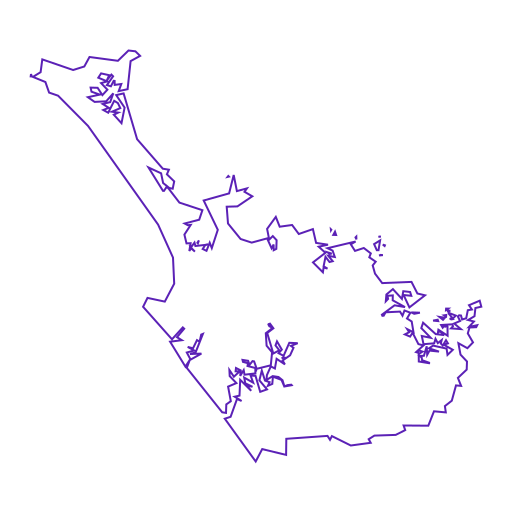 outline of Far North District, Northland, New Zealand
{"feature_id": "76426892B75799514296056", "entity_name": "Far North District", "entity_type": "district", "adm_level": 2, "iso_a3": "NZL", "parent_name": "New Zealand", "parent_adm1": "Northland", "projection": "orthographic", "projection_center": [173.629, -35.034], "detail": "fine", "context": "isolated", "style": "outline", "palette": "violet", "viewbox_px": 512, "rotation_deg": 0, "n_neighbors": 0, "source": "geoboundaries", "source_scale": "gbopen_adm2", "svg_char_len": 6048}
<svg xmlns="http://www.w3.org/2000/svg" viewBox="0 0 512 512"><path d="M473.0,342.4L467.8,333.4L469.5,327.5L476.2,327.2L477.2,325.2L469.0,326.9L473.9,321.5L468.1,320.0L474.5,316.2L475.4,308.0L481.3,306.7L479.7,300.7L469.0,305.2L471.9,309.5L467.8,310.2L466.2,318.3L462.1,319.5L461.0,315.5L459.1,315.3L457.9,316.6L460.1,321.0L454.2,323.5L460.9,329.1L451.0,328.4L453.0,326.2L452.3,324.3L441.1,325.0L442.7,327.7L443.9,326.2L445.2,326.7L446.9,326.1L447.2,326.2L447.5,326.5L447.6,335.7L438.4,329.7L437.9,332.6L439.8,331.3L442.9,333.9L443.1,334.2L443.2,334.5L443.3,334.9L443.3,335.0L435.7,334.1L423.1,322.7L421.3,328.1L430.7,337.8L421.8,336.0L423.5,344.2L434.2,343.3L435.5,338.8L437.8,343.1L441.7,340.0L440.8,343.5L442.8,345.5L446.0,340.2L447.9,343.4L443.8,344.7L452.8,349.8L447.5,354.9L446.6,348.6L433.1,345.6L429.0,348.3L439.0,351.6L429.5,350.6L427.2,354.8L426.7,346.3L423.9,355.8L419.7,355.9L421.7,357.6L422.1,360.2L429.1,362.7L429.2,362.9L429.1,363.2L418.8,361.5L418.7,354.1L422.5,351.6L419.0,350.4L418.0,352.7L416.1,352.1L423.5,345.4L418.4,344.1L412.6,332.7L410.1,336.6L404.9,334.4L409.2,332.2L407.2,329.1L413.5,332.3L411.7,321.5L407.0,318.5L410.4,312.7L404.5,310.5L402.5,315.7L400.0,311.6L385.6,312.3L383.7,315.7L382.4,315.8L381.9,314.7L394.6,305.3L405.0,307.1L392.7,300.3L392.8,295.4L387.4,295.8L388.1,298.9L385.8,301.3L386.4,294.5L392.9,289.1L401.9,298.9L403.3,291.2L410.1,292.0L411.3,295.8L403.6,295.0L409.4,307.4L425.0,295.3L417.4,293.5L411.5,281.9L382.2,283.1L375.0,273.6L372.7,265.4L375.7,261.7L369.3,257.3L370.8,253.4L363.8,248.0L355.0,250.9L350.8,244.3L355.6,241.5L327.5,248.2L332.6,250.6L334.8,257.0L328.3,255.8L332.7,261.2L329.5,262.0L325.5,256.8L323.6,266.3L327.5,268.6L323.6,267.5L322.9,272.3L313.0,262.4L325.4,252.8L318.7,246.7L328.0,244.7L316.1,242.9L312.9,229.1L298.8,234.0L292.1,225.0L279.7,226.7L275.8,216.9L267.1,228.9L269.2,239.6L272.8,236.1L276.6,240.2L276.3,248.9L273.7,250.2L273.6,244.5L271.6,248.3L267.1,238.4L251.7,242.6L240.6,239.0L228.0,223.5L226.7,206.7L237.4,206.4L252.3,196.3L244.5,191.8L246.9,188.4L236.9,191.1L233.7,175.0L229.1,193.4L203.7,200.5L217.8,229.8L211.8,248.1L209.7,242.7L206.5,250.8L202.7,249.0L205.3,244.9L195.4,246.0L194.5,242.6L190.9,247.5L194.9,251.6L190.4,247.7L190.7,248.9L189.3,251.0L190.6,243.2L186.5,243.4L184.4,234.6L190.7,224.9L187.8,225.2L184.7,223.5L199.2,219.7L202.4,210.2L179.4,202.6L168.0,187.8L166.2,187.5L164.0,190.9L163.0,190.9L148.5,167.5L161.1,173.3L163.1,183.0L169.3,188.0L172.7,188.7L174.2,181.4L166.9,174.3L168.9,169.7L162.8,168.7L137.1,139.2L123.6,93.4L116.2,95.1L124.6,107.6L121.5,123.2L113.8,114.7L118.2,112.6L112.0,111.7L120.3,108.1L117.9,103.1L114.2,100.8L108.2,112.7L103.3,110.0L108.8,107.8L102.7,104.0L110.2,102.1L113.3,93.3L106.2,101.3L94.6,101.9L87.9,97.2L99.8,94.6L91.5,91.7L90.6,87.6L97.6,87.8L102.4,95.1L107.4,89.7L101.1,83.1L107.2,81.4L98.3,77.7L101.1,73.4L109.2,75.2L106.9,80.3L111.4,74.6L113.1,76.3L106.9,85.1L110.9,86.3L113.7,80.8L114.6,80.9L114.7,84.9L121.3,84.0L118.7,91.1L127.6,89.2L130.6,61.1L140.1,55.9L135.4,51.3L128.5,50.5L117.9,60.8L89.5,57.0L84.3,66.5L73.1,70.0L42.3,59.4L40.6,72.2L32.9,76.9L45.4,82.0L49.1,92.6L58.1,95.7L88.0,125.9L158.1,224.6L173.0,257.6L174.2,283.7L164.8,301.6L147.5,297.9L143.1,306.8L172.0,339.3L182.8,327.4L184.2,328.7L177.0,337.2L181.8,340.2L170.1,341.7L185.4,366.6L190.3,359.1L186.8,352.5L194.2,350.5L187.7,346.9L193.0,348.3L197.0,340.1L199.6,341.7L201.2,334.6L202.9,333.9L195.6,352.4L190.0,354.0L201.4,353.6L189.7,360.1L186.8,367.9L222.2,412.3L226.0,412.9L226.3,404.4L230.8,401.2L228.1,386.6L236.4,383.1L229.7,376.1L229.4,370.0L233.9,376.7L239.6,371.4L235.6,371.3L236.0,368.0L240.7,370.4L240.2,375.9L243.7,370.1L244.5,374.7L255.4,373.4L255.3,368.0L247.5,366.0L248.0,363.2L243.0,361.9L242.5,359.9L248.1,360.8L249.5,364.9L252.5,361.1L254.1,361.4L256.7,368.8L270.8,365.3L272.1,352.3L266.6,345.7L265.8,333.2L271.6,328.8L271.2,327.1L269.4,326.3L268.6,324.9L268.4,324.4L268.6,324.1L269.7,324.0L269.5,323.0L273.4,328.3L267.2,333.0L273.3,353.5L279.3,350.3L275.5,345.4L277.0,341.4L281.8,349.6L278.6,353.2L283.6,355.8L289.3,342.8L297.7,343.2L290.9,345.9L293.5,347.8L290.1,355.3L282.6,360.5L284.9,364.4L276.6,358.8L274.9,368.5L270.8,366.4L266.9,375.1L266.5,380.0L272.7,376.1L278.5,377.0L282.5,380.2L284.4,386.4L287.5,385.1L291.3,384.7L291.7,385.2L284.3,386.5L281.5,379.9L272.9,376.7L272.3,383.9L267.9,385.8L269.6,382.2L265.0,380.6L261.8,370.6L259.4,380.3L267.0,389.4L260.2,391.8L255.5,375.8L250.6,375.6L253.2,382.7L244.2,377.6L245.3,383.3L252.5,386.8L246.8,385.5L251.2,390.8L240.2,379.8L239.5,395.6L234.7,396.7L241.6,401.0L237.0,399.0L230.6,416.8L224.8,418.7L255.7,461.5L262.2,449.1L286.1,454.9L286.3,438.8L327.5,435.9L330.0,439.8L331.9,436.1L350.8,445.5L370.7,442.8L368.7,439.2L374.4,435.6L395.7,434.9L405.2,430.1L403.6,425.5L428.3,425.7L434.0,411.3L445.8,412.4L444.9,406.1L451.8,400.7L456.0,385.4L461.1,385.9L457.9,377.9L466.7,369.6L467.0,361.5L460.5,354.6L458.4,343.2L467.4,348.2L473.0,342.4ZM380.1,240.4L374.1,244.1L376.8,250.2L378.5,250.2L380.1,240.4ZM455.8,315.6L448.8,312.9L448.7,313.6L452.9,318.5L455.8,315.6ZM444.9,317.7L439.4,316.9L443.0,319.8L444.9,317.7ZM419.9,312.7L411.3,312.4L414.2,313.8L419.9,312.7ZM335.0,231.7L333.3,234.9L336.1,235.0L335.0,231.7ZM437.7,319.7L433.1,320.6L438.2,321.1L437.7,319.7ZM448.5,310.5L447.2,311.7L450.3,310.8L448.5,310.5ZM380.5,254.9L379.1,255.5L382.9,255.1L380.5,254.9ZM356.4,239.4L356.3,236.6L355.5,237.4L356.4,239.4ZM331.7,253.6L327.8,252.4L329.3,254.0L331.7,253.6ZM446.2,315.0L444.2,315.3L446.1,316.4L446.2,315.0ZM283.2,357.4L281.6,358.4L283.7,357.5L283.2,357.4ZM31.9,76.5L31.0,74.1L30.7,76.4L31.9,76.5ZM198.9,240.4L197.4,242.8L197.9,243.3L198.9,240.4ZM206.1,244.9L208.0,244.2L206.0,244.7L206.1,244.9ZM448.1,308.6L446.1,308.6L446.0,310.0L448.1,308.6ZM384.9,245.3L382.8,244.6L384.6,246.0L384.9,245.3ZM380.0,236.5L378.4,236.8L380.8,236.7L380.0,236.5ZM228.3,176.0L227.6,176.9L228.9,176.6L228.3,176.0ZM330.9,229.3L331.0,230.2L331.3,229.7L330.9,229.3ZM451.8,319.3L449.6,318.3L451.2,319.4L451.8,319.3ZM256.3,369.4L256.0,369.4L256.0,371.5L256.3,369.4Z" fill="none" stroke="#5b21b6" stroke-width="2"/></svg>